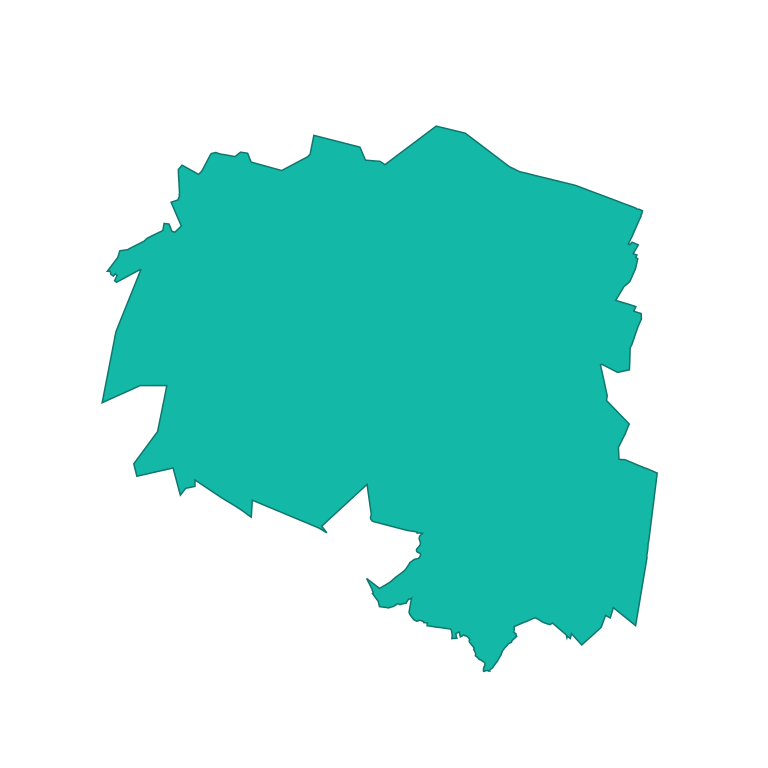 the district of Trincheras, Sonora, Mexico, rotated 101°
{"feature_id": "50627088B52969671288629", "entity_name": "Trincheras", "entity_type": "district", "adm_level": 2, "iso_a3": "MEX", "parent_name": "Mexico", "parent_adm1": "Sonora", "projection": "orthographic", "projection_center": [-111.475, 30.291], "detail": "fine", "context": "isolated", "style": "filled", "palette": "teal", "viewbox_px": 768, "rotation_deg": 101, "n_neighbors": 0, "source": "geoboundaries", "source_scale": "gbopen_adm2", "svg_char_len": 6075}
<svg xmlns="http://www.w3.org/2000/svg" viewBox="0 0 768 768"><g transform="rotate(101 384 384)"><path d="M510.1,614.4L521.7,609.0L514.9,593.6L506.7,575.0L532.0,562.7L524.2,558.7L520.6,550.0L514.3,551.2L526.5,522.2L533.3,503.9L535.4,498.9L540.1,489.0L537.4,489.2L523.2,491.1L537.7,420.9L541.0,411.7L535.4,418.0L485.8,381.5L514.4,371.6L517.8,371.8L519.3,371.1L520.7,369.5L521.1,368.1L523.3,333.5L522.9,323.3L524.0,323.2L524.0,322.7L523.7,321.7L523.5,321.3L523.2,317.8L525.5,319.4L526.2,319.8L527.1,320.0L528.3,320.1L528.9,320.0L529.6,319.8L530.8,319.1L532.2,318.3L533.1,317.9L533.4,317.8L534.1,317.8L534.8,317.8L535.2,317.9L536.2,318.4L539.4,320.2L540.0,320.4L540.6,320.5L541.1,320.4L541.5,320.2L542.0,320.0L542.5,319.4L542.7,319.1L543.3,316.6L543.6,316.1L543.9,315.8L544.4,315.5L544.7,315.4L545.5,315.6L547.2,316.1L547.8,316.4L548.8,317.2L549.2,318.0L549.9,319.9L550.3,320.7L553.7,323.9L554.2,324.5L555.4,324.8L560.9,327.0L562.2,327.7L564.4,329.2L571.7,335.9L577.4,340.3L585.5,349.4L578.2,364.0L588.3,356.1L588.8,356.2L591.1,354.6L591.9,355.4L597.3,349.4L598.5,348.1L603.4,346.0L603.1,340.7L603.0,340.0L602.9,338.3L603.1,337.8L602.9,336.9L602.7,336.5L602.4,335.7L601.9,335.0L600.9,332.9L600.5,332.2L599.7,331.3L599.3,330.9L598.9,330.4L598.4,329.9L597.8,329.7L596.9,328.1L597.5,326.9L597.6,326.4L595.9,323.0L595.4,322.0L595.2,320.6L593.5,320.0L592.2,319.6L591.5,319.3L590.9,318.7L590.6,318.6L590.1,318.2L589.8,317.6L589.8,317.3L589.9,317.2L590.1,317.2L590.1,316.8L589.1,316.1L603.3,315.9L603.6,315.5L604.0,315.4L605.2,314.8L607.8,312.0L608.6,311.2L608.8,310.7L609.1,310.4L609.4,310.3L609.8,309.5L610.5,307.1L610.6,306.8L610.6,306.3L610.4,306.1L610.3,305.9L609.8,305.0L609.3,304.3L609.2,302.9L609.3,301.7L609.6,300.1L610.0,299.7L610.6,299.5L610.3,295.8L613.0,295.7L612.9,292.3L612.8,290.5L612.7,285.8L612.3,281.7L612.2,278.3L611.8,271.7L612.6,271.2L613.1,270.8L615.1,270.0L616.6,269.5L617.9,269.1L621.0,268.8L619.6,263.9L618.4,264.7L616.9,265.3L615.8,265.6L615.2,265.9L613.1,262.7L616.1,261.6L617.7,260.8L617.1,260.0L615.6,258.3L615.2,258.0L615.2,257.7L615.6,257.0L615.7,256.6L615.6,255.3L616.2,253.7L616.8,252.8L617.2,252.5L617.3,252.1L618.3,251.0L618.8,251.3L619.4,251.4L619.8,251.4L620.1,251.3L620.9,250.9L621.3,250.6L621.5,250.2L622.2,249.4L622.9,248.8L623.4,248.2L624.2,247.0L625.0,246.3L626.1,245.0L627.6,245.3L627.9,245.1L628.1,244.9L628.2,244.6L628.6,244.3L629.2,243.9L629.6,243.6L630.1,243.3L631.1,242.6L631.4,242.5L632.1,242.4L632.5,242.6L633.0,242.5L633.5,242.3L634.7,239.8L635.3,239.2L636.0,238.2L636.2,237.9L636.3,237.7L636.0,237.4L636.6,236.1L637.0,235.0L637.3,234.2L637.9,232.9L638.8,231.8L639.5,231.3L640.4,231.6L640.9,231.4L642.6,231.6L642.6,231.9L644.1,231.9L644.8,232.0L646.5,231.7L647.1,231.4L647.0,231.0L646.8,230.5L646.4,230.2L645.3,227.7L645.7,227.3L645.9,226.9L645.9,226.3L645.8,226.2L645.7,226.0L645.6,225.8L645.5,225.3L645.1,225.5L644.5,225.6L643.7,225.0L643.2,224.4L641.7,223.1L640.6,222.8L638.9,221.9L637.4,221.3L635.2,220.2L635.0,219.9L634.4,219.7L632.3,219.1L630.3,218.5L628.6,217.7L628.0,217.7L627.7,217.4L626.5,217.3L624.6,217.0L623.4,216.8L622.4,216.3L621.9,215.9L620.4,215.4L617.0,213.1L615.3,212.4L614.7,211.7L614.0,210.5L613.5,209.9L613.0,209.5L612.4,209.4L612.0,209.5L611.4,209.4L611.0,209.1L610.7,208.7L606.3,205.5L605.4,206.5L605.2,206.7L604.4,206.6L604.1,206.7L603.0,209.1L601.7,209.3L600.0,209.3L598.6,209.6L597.3,210.0L591.9,202.0L588.8,197.2L586.7,194.4L584.6,191.0L585.5,188.0L587.6,182.5L588.2,178.8L588.6,175.2L586.5,173.0L595.5,157.2L598.2,156.0L596.6,155.8L598.3,152.6L593.4,152.3L602.4,140.1L592.0,132.2L582.0,124.8L581.4,124.4L568.9,122.4L570.5,117.3L559.8,116.2L563.5,109.2L573.2,90.9L515.7,92.4L504.4,92.7L502.2,93.3L496.1,93.5L491.5,94.1L490.7,94.2L490.2,94.2L490.0,94.3L489.6,94.2L487.1,94.2L419.3,98.8L416.8,110.2L416.7,110.9L416.9,111.1L412.3,133.1L413.2,138.9L401.5,141.8L387.6,137.9L386.5,137.6L386.1,137.5L385.9,137.5L378.4,136.1L377.5,135.9L376.6,135.5L372.8,140.9L371.3,143.1L365.6,151.2L358.2,161.8L357.6,162.5L353.0,162.6L330.4,172.3L328.1,173.4L323.8,175.2L323.1,174.0L326.3,162.9L327.5,158.7L328.0,156.8L326.0,152.2L325.0,149.8L323.3,145.8L315.1,147.0L301.5,149.3L298.1,148.2L279.7,145.7L271.0,143.7L265.8,145.0L264.9,152.7L260.0,151.5L258.9,160.1L258.6,164.0L257.7,172.5L244.5,167.7L242.7,167.1L237.8,163.1L236.1,162.1L222.8,159.1L222.4,159.1L213.2,158.8L213.0,159.1L212.5,158.9L211.8,161.2L209.1,160.3L208.6,164.2L207.2,163.8L203.7,162.6L203.0,162.3L198.9,160.9L198.4,163.3L197.9,165.4L197.5,167.0L197.5,167.6L198.5,168.2L199.9,169.2L200.4,169.6L200.0,170.9L191.6,168.6L173.7,164.6L170.7,163.7L169.3,163.9L167.7,163.4L164.6,163.3L163.8,167.1L164.1,168.9L163.4,170.2L163.3,170.6L163.0,171.8L162.8,173.0L160.7,185.8L160.5,186.8L160.1,188.9L159.6,191.9L157.7,203.1L155.9,213.8L154.6,221.6L154.3,222.9L153.8,226.3L152.9,231.2L152.5,233.9L152.1,241.2L152.0,243.4L151.8,247.8L150.5,275.2L150.0,283.5L149.7,291.4L146.7,302.5L143.8,308.4L139.8,316.5L125.9,344.7L122.3,352.1L120.9,382.0L159.8,417.1L168.5,424.9L166.2,430.4L167.8,444.9L156.1,452.8L153.3,500.3L172.9,500.4L173.5,501.1L174.4,501.7L174.7,501.8L175.1,501.8L175.5,502.3L194.0,525.2L191.5,556.8L183.5,561.9L183.8,569.1L189.2,573.6L189.3,584.0L189.5,588.4L189.0,592.3L188.8,593.2L190.7,597.4L192.0,598.1L209.8,603.5L213.6,606.0L207.7,624.0L212.7,626.8L217.8,625.7L222.2,624.5L234.2,621.5L236.3,621.1L237.0,621.2L237.7,621.1L238.5,620.6L239.5,620.6L239.9,621.0L240.5,621.1L240.8,621.2L241.2,621.0L242.0,621.3L242.5,621.2L246.2,627.7L267.6,613.1L274.9,618.3L274.6,621.3L268.0,625.5L268.3,630.5L275.5,630.4L276.7,631.9L282.0,639.0L286.0,644.2L287.2,645.1L288.6,646.0L288.9,646.3L289.3,646.4L299.7,659.8L301.1,661.3L303.6,668.7L310.6,669.5L326.1,677.1L325.5,674.5L328.6,672.9L329.7,670.2L327.2,668.8L328.4,666.7L333.9,668.2L335.2,666.0L319.1,646.3L318.2,645.1L318.2,644.9L318.0,644.6L317.9,644.5L317.5,644.4L328.8,646.5L377.3,655.9L383.3,657.0L388.4,657.2L390.8,657.1L456.2,657.1L448.7,646.6L432.1,623.1L427.0,597.0L428.4,596.9L439.7,596.9L447.6,597.0L451.8,597.0L474.0,597.2L482.1,601.1L510.1,614.4Z" fill="#14b8a6" stroke="#0f766e" stroke-width="1.5"/></g></svg>